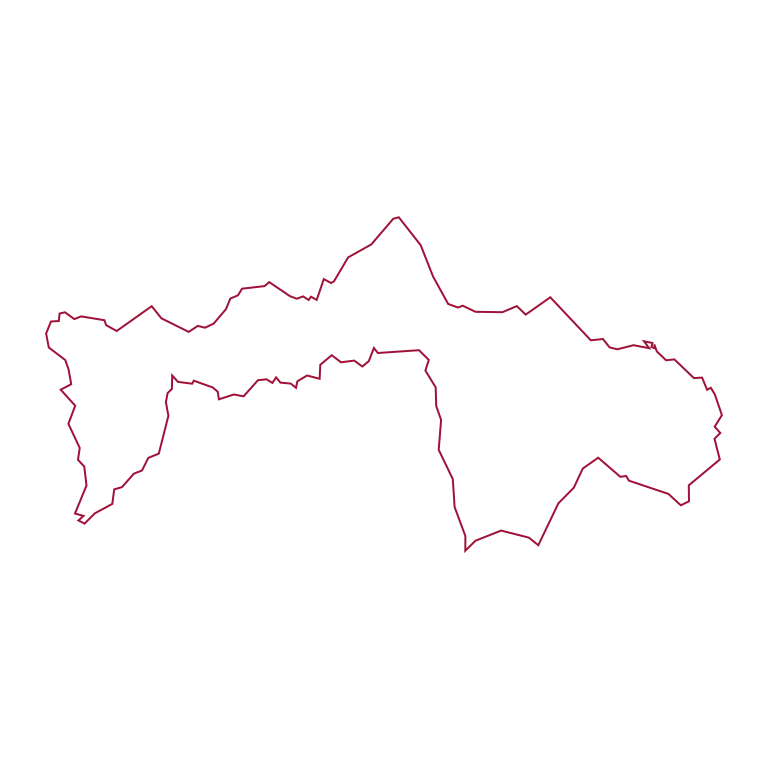 Situbondo, Jawa Timur, Indonesia
{"feature_id": "22746128B65817775308435", "entity_name": "Situbondo", "entity_type": "district", "adm_level": 2, "iso_a3": "IDN", "parent_name": "Indonesia", "parent_adm1": "Jawa Timur", "projection": "robinson", "projection_center": [113.954, -7.799], "detail": "medium", "context": "isolated", "style": "outline", "palette": "rose", "viewbox_px": 768, "rotation_deg": 0, "n_neighbors": 0, "source": "geoboundaries", "source_scale": "gbopen_adm2", "svg_char_len": 1904}
<svg xmlns="http://www.w3.org/2000/svg" viewBox="0 0 768 768"><path d="M689.0,501.3L688.8,485.3L719.8,459.5L714.5,438.8L720.3,433.0L714.7,426.7L721.9,415.1L714.8,394.3L710.8,387.8L707.1,389.8L702.1,377.6L693.9,378.1L674.4,359.4L666.1,360.3L656.8,351.4L654.3,344.4L654.7,348.3L651.4,346.9L652.5,343.0L644.0,341.3L649.2,348.2L633.6,345.2L617.2,349.3L609.5,347.3L602.9,339.0L590.8,340.3L550.3,297.3L525.7,314.6L516.8,306.1L502.4,312.2L475.5,311.8L462.7,305.7L458.0,307.5L448.2,304.0L433.1,276.6L420.7,245.2L398.8,217.3L393.3,218.7L371.3,244.4L348.1,257.4L334.0,281.3L331.1,283.0L323.8,279.1L316.7,299.9L311.0,296.7L308.6,300.0L303.1,296.4L296.8,298.7L290.0,296.2L269.2,282.1L264.6,286.1L242.0,288.7L238.0,295.3L230.3,298.6L226.0,309.1L213.7,323.6L205.0,327.7L197.8,325.9L188.7,331.9L161.4,318.3L151.7,306.2L116.7,331.0L106.2,325.2L104.4,320.2L81.1,316.4L74.3,319.1L65.0,312.3L59.6,313.5L58.8,321.0L51.0,321.5L46.1,333.5L48.8,347.5L65.3,360.1L68.6,369.5L71.2,384.2L60.7,389.7L75.2,405.7L68.4,423.8L79.7,447.9L78.0,459.8L84.3,466.7L86.5,485.5L75.0,513.5L83.5,515.9L78.4,520.5L84.6,523.6L94.7,513.4L112.3,503.9L114.2,489.4L122.0,487.1L133.8,473.7L142.0,470.5L148.3,457.9L158.8,453.6L168.4,415.8L165.9,402.2L167.6,393.1L171.9,388.9L172.2,375.5L178.0,381.9L192.2,383.7L193.8,380.7L212.8,387.5L217.7,391.7L218.9,399.3L233.9,394.5L243.6,396.3L258.0,380.2L266.5,379.3L272.4,382.9L276.1,377.4L280.4,382.6L290.8,383.6L296.0,387.8L297.4,381.3L307.1,375.5L319.6,378.8L320.3,364.8L331.7,355.2L341.0,362.3L354.2,360.6L362.4,366.5L368.8,361.1L373.9,348.0L377.9,353.0L419.0,350.2L428.8,359.9L425.4,370.6L435.7,387.4L436.2,405.9L441.1,419.9L438.7,449.8L452.8,479.1L454.6,507.0L465.4,536.1L465.3,550.7L475.5,540.7L501.1,530.6L528.8,537.6L538.3,545.2L558.4,503.3L573.8,487.7L582.8,468.5L598.2,457.7L620.3,476.8L626.1,476.0L629.0,480.7L668.4,493.9L680.8,505.3L689.0,501.3Z" fill="none" stroke="#9f1239" stroke-width="2"/></svg>